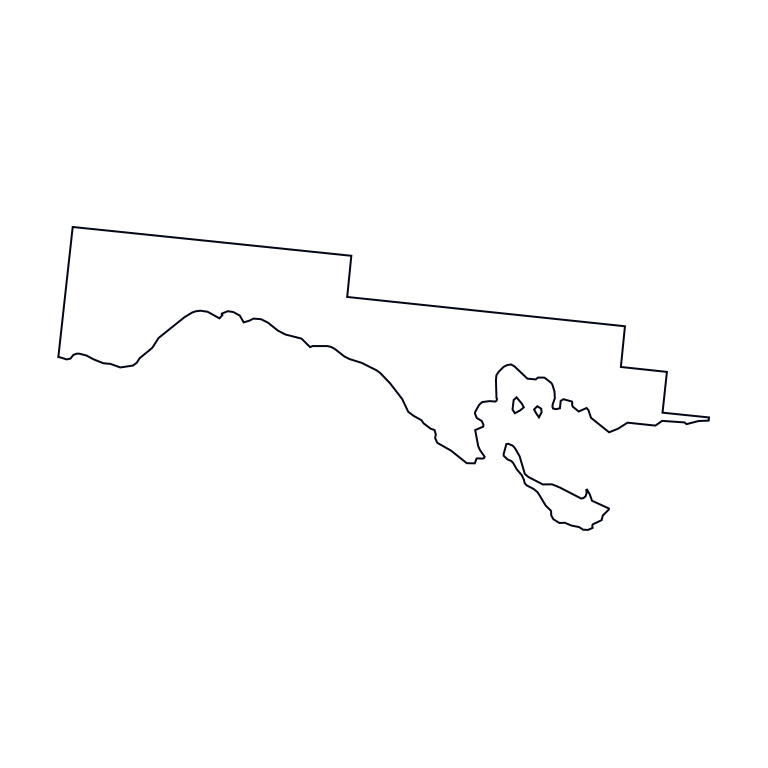 Mackinac, Michigan, United States of America (Natural Earth projection), rotated 6°
{"feature_id": "52423323B7185971756964", "entity_name": "Mackinac", "entity_type": "district", "adm_level": 2, "iso_a3": "USA", "parent_name": "United States of America", "parent_adm1": "Michigan", "projection": "natural_earth1", "projection_center": [-84.806, 45.984], "detail": "fine", "context": "isolated", "style": "outline", "palette": "ink", "viewbox_px": 768, "rotation_deg": 6, "n_neighbors": 0, "source": "geoboundaries", "source_scale": "gbopen_adm2", "svg_char_len": 2496}
<svg xmlns="http://www.w3.org/2000/svg" viewBox="0 0 768 768"><g transform="rotate(6 384 384)"><path d="M58.0,260.4L57.3,391.3L58.8,391.3L65.8,392.7L69.5,391.5L72.1,387.5L75.1,386.0L77.8,385.7L85.2,386.8L92.5,389.8L102.7,392.7L109.9,392.6L120.0,395.1L132.4,391.9L135.9,388.7L138.2,384.0L149.8,372.2L155.0,361.8L178.5,338.5L185.7,333.0L189.1,331.4L193.8,330.3L201.0,330.6L213.5,335.9L216.1,332.4L215.3,331.7L215.4,330.9L221.1,327.9L226.6,328.2L233.4,331.0L238.0,337.4L243.5,335.1L247.4,332.6L255.0,332.4L262.3,335.2L272.9,342.0L280.9,345.1L297.2,347.5L306.6,355.0L309.1,353.7L323.5,352.2L327.7,352.7L331.6,354.4L341.8,360.8L347.1,362.8L359.5,365.3L375.0,371.1L378.9,373.3L390.1,382.8L403.7,397.1L411.0,409.1L416.4,412.4L425.0,416.1L427.5,419.0L435.1,423.6L439.1,424.5L440.8,428.8L440.5,432.4L443.1,436.9L457.5,443.2L474.6,454.1L482.6,453.4L483.7,448.9L484.4,448.2L489.8,447.9L491.3,447.1L491.7,445.8L486.4,439.8L484.2,436.0L479.5,420.3L487.2,416.0L487.1,414.0L485.1,410.6L479.8,408.1L477.5,403.8L477.7,401.9L480.9,394.6L483.6,391.7L490.7,390.0L496.7,389.8L497.7,388.8L498.0,386.9L497.3,386.1L494.9,368.2L494.9,363.4L496.9,359.7L501.2,354.4L504.6,352.3L508.3,351.3L511.7,352.7L526.1,363.7L534.4,363.6L536.5,361.5L542.9,360.9L550.2,365.4L551.5,367.0L554.3,373.5L555.4,380.3L553.9,386.6L553.9,389.1L554.7,390.7L557.4,391.1L561.5,389.8L561.5,382.3L564.1,380.4L572.7,381.8L573.3,383.1L573.1,384.6L574.1,386.8L580.5,391.0L588.0,386.7L590.1,388.7L593.4,396.0L612.9,408.5L621.6,403.9L630.2,397.0L658.2,397.0L664.5,391.6L686.9,390.8L689.1,392.3L700.8,387.9L710.7,386.5L710.7,383.3L664.0,383.4L664.1,342.4L617.8,342.3L617.6,301.4L338.3,301.3L338.1,259.9L291.7,260.0L58.0,260.4ZM510.3,441.2L510.6,442.9L514.7,446.1L518.6,447.3L520.6,448.9L525.1,455.2L530.6,460.3L533.2,464.7L534.2,467.8L536.3,469.8L543.9,472.8L548.3,475.8L557.5,488.0L563.4,492.7L564.1,497.3L566.6,500.8L572.9,503.9L578.4,503.1L585.2,505.2L593.1,505.9L597.2,508.1L602.1,507.8L606.5,505.3L605.9,502.8L606.4,501.7L614.6,496.7L615.4,491.8L620.6,485.5L620.7,484.3L603.1,478.4L600.2,472.3L597.0,467.8L596.2,468.3L596.9,471.1L596.3,474.5L594.3,476.6L592.1,477.3L569.5,468.5L561.5,466.2L552.5,467.3L537.6,461.5L533.5,458.8L528.4,446.5L526.5,441.8L521.1,434.3L518.5,431.9L513.9,430.5L512.0,430.9L510.3,441.2ZM514.6,386.5L514.5,396.0L517.2,399.4L522.2,396.0L525.5,392.6L523.0,389.0L517.2,383.4L514.6,386.5ZM535.9,393.7L538.5,397.4L541.6,401.0L543.7,395.6L542.9,392.1L538.8,390.1L535.9,393.7Z" fill="none" stroke="#020617" stroke-width="2"/></g></svg>